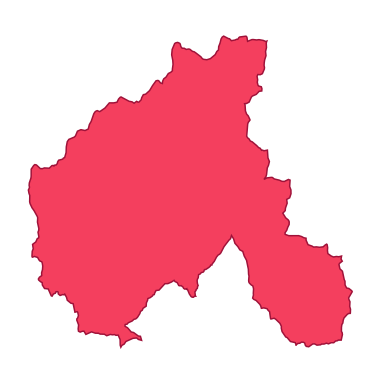 the district of Otuzco, La Libertad, Peru, rotated 182°
{"feature_id": "86281439B7526528114387", "entity_name": "Otuzco", "entity_type": "district", "adm_level": 2, "iso_a3": "PER", "parent_name": "Peru", "parent_adm1": "La Libertad", "projection": "equal_earth", "projection_center": [-78.593, -7.861], "detail": "fine", "context": "isolated", "style": "filled", "palette": "rose", "viewbox_px": 384, "rotation_deg": 182, "n_neighbors": 0, "source": "geoboundaries", "source_scale": "gbopen_adm2", "svg_char_len": 5883}
<svg xmlns="http://www.w3.org/2000/svg" viewBox="0 0 384 384"><g transform="rotate(182 192 192)"><path d="M76.4,149.8L78.7,150.2L80.9,151.3L83.9,152.1L93.7,151.7L97.4,152.9L97.6,154.5L96.0,157.0L95.1,160.0L93.8,162.9L93.8,165.2L94.0,166.2L94.9,167.5L97.5,169.5L100.5,174.0L98.2,176.6L98.0,179.3L96.5,184.1L97.1,187.9L94.2,189.6L93.0,193.7L93.2,197.5L94.6,200.9L94.4,207.3L96.1,207.9L100.0,205.8L102.5,205.8L105.2,206.9L110.2,207.9L112.1,209.3L113.3,209.4L117.6,208.7L120.5,207.1L118.6,210.1L118.1,212.0L117.6,218.7L116.5,221.3L115.7,225.1L117.3,228.8L118.1,236.5L121.5,235.7L123.0,236.3L123.9,236.1L125.4,238.1L127.0,238.7L128.6,240.3L133.5,244.2L135.5,245.0L136.9,247.1L137.9,247.7L139.3,249.5L138.7,262.1L138.1,263.7L136.6,265.8L136.6,266.3L138.5,270.1L140.1,271.7L141.4,274.8L142.0,280.8L142.5,282.1L140.5,282.4L138.0,283.9L136.0,288.9L135.0,290.0L131.2,291.8L128.4,295.0L125.8,295.4L125.7,297.6L126.4,299.6L129.2,300.3L129.8,301.1L130.6,304.0L130.3,306.4L131.0,309.9L130.3,311.7L127.9,311.6L125.8,312.7L124.0,317.4L123.9,319.0L124.4,321.1L124.3,323.8L124.0,326.5L122.8,330.8L123.4,335.0L122.6,338.9L123.0,343.5L122.5,345.4L123.4,345.0L126.2,346.0L130.4,346.6L132.7,346.2L136.1,346.5L137.5,346.4L141.7,344.5L142.5,348.6L143.2,349.5L143.8,349.6L149.7,348.6L150.5,348.0L151.6,346.2L152.8,346.2L154.2,345.4L157.9,344.6L159.9,346.5L161.0,346.6L165.8,348.9L167.2,347.9L168.3,345.9L169.2,341.7L170.4,338.3L170.5,334.9L172.1,333.3L173.6,330.1L178.3,325.9L181.8,324.7L185.1,325.0L186.3,325.6L187.9,327.5L193.4,331.4L194.9,332.3L196.3,332.5L199.2,334.6L200.3,334.8L202.8,334.3L204.8,335.4L206.8,335.3L208.2,336.9L208.9,339.4L209.5,340.2L211.5,341.0L213.2,340.6L214.5,339.8L216.8,333.8L217.1,328.4L215.8,322.8L215.4,318.8L215.9,314.1L215.8,312.5L217.4,310.9L219.8,309.6L221.9,306.0L224.2,304.1L225.2,301.7L225.4,299.4L227.3,299.9L229.2,302.1L230.1,302.3L231.8,301.9L235.1,297.0L237.9,291.9L241.8,288.1L244.0,287.6L245.6,284.4L246.0,282.4L248.2,280.0L249.0,279.9L250.5,280.7L253.0,278.7L255.0,280.0L258.1,280.5L266.2,284.5L267.0,284.2L268.6,282.4L270.1,279.1L273.6,278.3L277.7,278.2L282.0,272.8L287.0,269.1L289.6,270.0L290.9,269.4L291.8,268.6L292.9,266.7L295.2,259.1L296.9,255.9L297.9,251.3L301.0,249.7L305.2,250.4L308.6,248.8L310.4,244.0L311.5,242.8L316.9,240.3L318.4,238.0L319.2,232.8L319.2,227.0L320.5,221.9L321.7,221.4L322.4,220.3L326.4,219.1L327.4,217.2L327.5,215.9L328.7,214.3L330.3,214.0L330.9,213.2L331.6,213.7L332.9,213.5L335.5,210.8L340.4,210.9L342.4,210.1L344.4,210.1L348.4,213.6L350.0,213.9L351.1,213.0L353.5,209.2L353.3,202.0L353.5,200.1L354.9,195.4L355.0,192.8L354.6,191.2L354.8,190.1L355.6,188.3L354.9,185.1L354.0,182.8L353.9,176.5L353.4,174.7L351.3,170.6L349.1,167.7L345.7,162.0L345.3,160.8L345.4,156.5L343.8,150.1L343.9,148.2L344.5,146.5L343.5,141.9L343.7,140.8L345.0,140.0L346.4,136.6L349.5,134.1L348.7,129.7L349.6,127.2L349.7,122.4L349.5,121.5L349.1,121.3L347.2,122.1L344.0,121.2L342.5,118.7L341.7,117.8L339.7,117.0L339.2,115.8L338.6,112.8L338.7,109.3L339.5,106.0L339.3,103.2L341.5,101.5L342.5,99.7L342.2,98.7L340.2,97.0L338.6,96.3L338.3,93.8L336.0,90.4L332.3,90.1L329.1,83.4L328.2,83.0L326.9,85.3L325.0,86.1L324.4,87.6L322.7,87.7L322.2,87.0L322.1,85.5L320.2,84.0L317.6,85.0L316.3,84.8L315.6,85.5L313.7,82.3L312.9,79.5L309.1,76.6L306.9,76.3L304.8,67.8L302.6,68.4L302.0,67.8L301.2,64.5L301.9,62.1L302.6,61.3L302.7,60.0L300.7,55.2L301.0,51.2L300.6,48.9L298.9,48.1L296.6,49.0L295.1,49.1L293.1,46.0L287.5,48.7L283.6,47.5L280.6,47.6L278.9,46.8L274.6,46.8L272.2,45.4L268.7,46.8L266.5,46.5L264.4,46.8L263.0,46.1L260.8,46.4L258.7,42.0L258.4,36.4L257.7,34.4L256.7,36.3L254.5,37.6L252.8,40.3L245.9,43.7L242.2,44.2L240.5,42.8L237.2,42.0L238.5,46.0L240.6,46.2L245.4,49.5L247.9,50.0L251.7,54.1L254.2,55.4L254.3,56.8L254.1,57.3L252.3,57.6L251.1,59.1L247.3,61.0L245.5,62.8L243.8,63.2L242.2,64.7L239.9,68.6L239.3,70.8L237.5,72.2L236.9,74.0L233.8,76.3L233.7,79.6L232.6,82.3L232.4,84.0L230.2,84.9L227.9,86.7L227.2,87.9L226.1,88.2L225.8,89.6L224.5,92.3L221.5,92.8L215.9,99.4L212.9,99.6L209.4,101.3L206.8,103.1L205.9,101.9L203.6,100.9L202.0,98.1L200.7,97.8L199.6,98.1L197.6,96.6L197.0,95.4L195.8,94.7L193.9,95.2L194.0,94.5L193.0,94.2L191.1,90.0L189.3,87.5L188.2,86.9L186.9,86.9L185.7,88.0L184.7,88.0L185.1,88.7L185.6,92.2L184.5,93.9L184.5,94.6L183.3,95.9L183.1,98.0L182.6,98.6L183.4,100.8L183.8,103.6L183.4,105.5L182.8,106.4L182.5,109.7L180.9,110.4L179.9,111.8L178.1,112.3L177.4,113.0L177.1,114.4L176.4,115.0L175.6,115.0L172.5,117.2L171.1,118.6L170.8,119.6L169.6,119.7L169.3,120.8L167.3,123.5L165.2,127.9L163.7,129.9L162.2,130.8L161.1,132.1L158.1,138.5L153.3,145.3L151.9,146.6L151.0,149.9L148.8,146.6L147.3,142.2L144.3,139.1L142.2,135.9L139.2,134.4L137.6,129.9L135.1,125.6L133.0,116.9L132.6,111.8L132.1,110.0L132.3,105.7L132.1,104.1L131.5,103.0L129.7,101.3L127.9,100.2L127.1,97.3L127.2,92.8L127.0,91.2L127.7,88.1L126.6,86.9L124.1,85.8L120.2,82.0L119.3,80.4L118.6,78.2L116.2,78.7L112.9,78.0L111.9,76.5L110.3,75.1L109.1,68.4L108.7,67.8L105.5,68.7L103.8,67.7L99.5,63.8L98.0,60.9L98.0,59.0L97.1,55.6L93.3,50.4L91.8,49.8L88.4,46.0L83.6,45.1L82.9,43.6L82.8,42.1L82.4,43.0L81.0,44.3L79.0,44.6L77.3,45.8L75.3,45.7L74.1,45.0L73.4,42.8L72.4,41.7L69.9,41.4L66.1,44.3L64.2,44.5L61.8,43.3L58.1,43.8L57.3,44.5L54.5,44.7L52.4,45.6L50.3,45.0L47.8,46.2L45.1,46.3L43.4,48.0L41.3,48.5L40.7,49.1L37.7,49.2L36.7,54.8L37.0,56.6L37.8,58.0L37.9,62.0L37.6,64.8L36.7,66.3L36.4,69.1L35.7,71.4L32.5,75.2L31.1,76.1L29.6,76.2L29.5,76.5L29.5,80.4L30.4,83.1L30.3,87.8L31.6,90.5L31.7,91.8L28.4,97.9L28.9,98.9L31.9,101.1L34.0,101.4L35.1,103.1L35.8,104.6L36.0,108.2L36.8,109.7L38.9,118.1L41.5,120.4L42.6,124.7L42.1,125.8L39.4,128.1L40.7,130.2L40.3,133.2L43.0,132.4L45.5,132.6L48.2,132.0L50.5,132.8L53.7,134.9L54.1,135.3L54.6,138.3L54.5,141.2L55.1,144.1L55.6,144.6L56.9,143.8L59.0,141.8L62.7,141.2L65.7,141.5L68.6,141.2L70.1,142.1L74.2,143.4L76.3,147.8L76.4,149.8Z" fill="#f43f5e" stroke="#9f1239" stroke-width="1.5"/></g></svg>